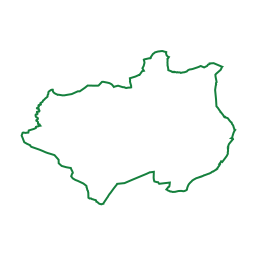 the district of Silmalas pag., Rezeknes, Latvia, rotated 355°
{"feature_id": "27541924B39247356667850", "entity_name": "Silmalas pag.", "entity_type": "district", "adm_level": 2, "iso_a3": "LVA", "parent_name": "Latvia", "parent_adm1": "Rezeknes", "projection": "robinson", "projection_center": [27.034, 56.413], "detail": "fine", "context": "isolated", "style": "outline", "palette": "green", "viewbox_px": 256, "rotation_deg": 355, "n_neighbors": 0, "source": "geoboundaries", "source_scale": "gbopen_adm2", "svg_char_len": 5406}
<svg xmlns="http://www.w3.org/2000/svg" viewBox="0 0 256 256"><g transform="rotate(355 128 128)"><path d="M227.1,75.2L219.0,70.9L214.9,70.8L214.8,71.4L213.2,71.9L212.2,73.1L209.3,74.2L209.1,74.3L206.3,72.8L205.9,72.6L205.7,72.6L203.8,73.3L202.3,73.7L197.7,74.8L196.3,75.0L194.3,75.1L192.6,75.8L191.5,76.8L189.0,77.4L187.5,77.4L185.3,77.7L184.9,77.3L184.3,77.1L183.0,77.0L182.6,77.0L182.1,76.7L181.6,76.8L181.3,76.9L180.9,76.7L180.1,76.4L179.7,76.4L179.4,76.2L179.2,76.1L178.9,76.3L178.7,76.1L178.2,76.1L177.9,76.1L177.7,76.3L177.4,76.2L177.2,76.0L177.2,75.9L176.8,75.9L176.4,75.7L176.1,75.3L173.2,73.9L173.2,72.2L173.0,69.8L172.9,69.7L172.8,68.7L173.0,68.0L173.0,66.1L173.3,64.6L173.3,62.8L173.5,62.8L173.6,62.6L174.9,60.9L173.9,60.4L172.8,58.9L172.4,57.0L172.7,55.7L170.6,55.0L169.3,54.4L168.7,54.3L167.6,54.3L165.8,54.4L164.7,54.4L161.5,55.0L160.1,56.0L159.4,56.3L156.9,59.4L156.9,60.1L156.5,60.4L156.2,60.3L156.0,60.5L155.1,60.4L150.1,61.1L149.7,61.3L149.8,62.1L150.0,63.0L150.1,64.0L150.1,64.5L149.0,67.6L147.6,69.7L148.8,72.4L147.1,72.6L144.0,76.2L143.3,76.1L143.0,76.3L139.9,77.4L135.2,78.4L134.2,78.6L134.2,79.4L134.3,80.4L134.1,81.6L134.0,81.9L134.3,83.7L134.8,86.2L134.7,87.8L133.8,87.9L131.8,87.8L129.6,88.0L128.5,87.5L128.0,87.1L126.4,86.9L121.8,85.0L118.2,85.6L117.5,85.9L116.0,83.6L115.4,83.0L115.0,82.7L113.6,81.8L113.2,81.6L111.4,81.0L107.9,80.0L107.3,79.8L106.7,79.8L106.1,79.8L102.4,83.1L101.8,83.2L97.8,82.9L95.4,82.6L91.5,82.2L88.5,84.2L83.1,87.3L81.2,87.1L74.9,89.3L69.7,89.7L67.6,89.9L65.7,89.8L61.8,88.8L61.0,88.8L61.0,88.7L60.6,88.6L59.7,88.1L58.8,87.6L57.8,86.9L57.3,86.4L56.9,85.9L56.5,85.2L56.4,85.0L56.4,84.8L56.3,84.5L56.4,83.5L56.4,83.3L56.0,83.2L55.7,83.2L55.1,83.3L54.4,83.5L52.6,84.6L52.0,85.1L51.8,85.6L51.7,85.9L51.6,87.1L51.4,87.4L51.0,87.9L50.9,88.1L50.6,89.1L50.6,89.7L50.4,89.9L47.9,91.6L47.3,92.2L46.7,92.7L45.8,93.2L45.7,93.4L45.3,94.2L45.2,94.4L44.5,94.8L43.4,95.3L42.9,95.6L42.8,95.8L42.8,96.0L43.2,96.6L43.3,96.8L43.2,97.1L42.7,97.3L41.3,97.3L40.9,97.5L40.8,97.8L41.0,98.0L41.1,98.7L41.1,98.9L40.2,99.6L39.6,99.9L39.3,100.0L39.1,100.2L39.0,100.3L39.1,100.6L39.3,100.7L39.7,100.9L40.4,101.0L40.7,101.1L40.8,101.4L40.8,101.9L41.3,102.9L41.3,103.3L40.8,103.9L39.4,103.8L39.0,103.9L38.7,104.0L38.6,104.4L39.0,105.1L39.1,106.0L38.5,106.5L37.5,106.5L37.3,106.5L37.1,106.8L37.0,107.9L37.3,108.8L37.6,109.2L38.9,110.1L39.0,110.3L39.1,110.6L39.0,111.0L38.9,111.3L37.4,112.2L37.3,112.3L37.3,112.5L37.4,112.9L38.2,113.4L38.7,114.0L38.9,114.3L38.9,114.5L38.7,115.6L38.7,116.0L39.0,116.4L40.0,116.6L40.3,116.8L40.4,117.1L40.4,117.5L40.5,117.9L40.7,118.1L40.1,118.2L39.2,118.1L38.5,118.6L37.4,118.6L36.4,118.9L36.3,119.8L36.2,120.0L35.5,120.2L34.3,120.7L28.9,121.8L28.3,123.9L27.7,123.9L26.7,123.8L25.8,124.0L23.2,123.4L22.6,123.6L21.4,126.2L21.4,126.4L22.0,128.2L23.4,133.1L23.5,133.2L26.1,135.0L29.1,136.7L29.3,137.5L30.0,138.3L38.0,141.9L41.1,143.5L43.6,144.9L45.7,145.9L48.5,147.0L52.4,148.6L56.1,153.6L55.9,157.1L58.6,160.0L63.1,161.7L66.8,162.7L67.5,162.8L67.6,163.3L68.3,165.3L68.6,165.9L69.1,167.5L69.1,167.9L68.1,169.1L67.7,170.2L67.4,170.6L67.2,171.2L67.8,172.1L68.6,173.4L71.1,175.2L73.2,176.2L78.7,179.4L81.5,182.0L81.6,182.6L81.6,182.9L81.5,183.2L81.6,183.3L81.9,184.7L82.1,186.3L82.6,187.2L82.6,188.0L82.8,188.8L82.5,194.0L83.6,194.9L85.0,194.9L85.9,195.7L86.7,195.9L88.2,196.6L89.5,197.0L89.9,197.4L90.0,198.6L91.0,199.1L92.6,200.8L92.9,201.0L94.8,201.7L95.4,201.6L95.6,201.4L96.8,201.3L96.8,201.2L98.2,199.3L99.6,197.6L101.1,195.7L102.0,194.7L102.6,193.7L103.7,192.4L104.1,191.8L104.4,191.7L108.4,187.1L111.1,184.2L111.9,183.4L112.3,182.7L119.7,182.6L127.6,180.0L142.4,175.3L142.7,175.2L146.0,174.0L146.3,174.1L149.9,173.9L149.8,174.7L149.2,179.9L149.3,182.0L149.6,183.5L151.9,184.4L153.2,184.6L154.2,186.3L164.9,186.0L164.6,187.7L164.1,189.7L163.7,190.2L163.1,190.3L162.8,190.5L162.1,191.4L161.5,191.9L160.9,192.6L161.6,193.0L162.3,193.7L164.3,194.7L164.8,194.9L164.8,195.0L165.7,195.1L166.8,195.6L167.1,195.6L169.3,195.7L172.6,195.2L173.4,195.2L175.6,195.3L177.6,195.8L178.1,195.8L178.7,195.7L179.8,195.4L180.9,194.9L181.3,194.6L181.8,192.8L182.4,191.5L183.4,189.7L184.0,189.0L185.5,187.6L186.7,186.7L187.5,185.9L188.1,185.6L189.5,184.9L190.9,184.3L191.5,184.0L196.0,183.0L195.9,182.9L198.7,182.2L199.7,181.7L199.9,181.8L204.6,180.5L204.9,180.5L206.9,179.7L207.7,179.1L208.8,178.7L209.0,178.8L211.6,177.4L212.4,177.1L213.0,176.7L212.8,176.5L214.2,175.2L214.5,174.6L215.7,173.4L215.9,172.9L216.4,172.2L215.8,171.9L217.3,170.2L217.9,169.3L218.9,170.1L221.6,167.1L223.9,164.5L225.2,162.4L225.3,161.3L225.2,160.8L225.6,160.0L225.7,159.2L225.7,157.2L226.0,157.1L226.3,155.1L226.1,155.1L226.4,154.5L226.9,153.3L227.2,152.8L228.8,151.1L230.6,149.3L231.0,148.7L231.6,148.4L231.5,147.8L230.0,147.2L230.6,146.9L231.1,146.3L231.2,145.7L232.8,141.8L233.8,140.2L233.7,140.2L233.9,139.8L234.2,139.7L234.6,139.3L233.8,138.7L233.8,138.0L233.4,136.8L233.1,135.1L232.7,134.1L231.9,132.9L231.7,131.6L231.0,131.1L229.9,129.6L229.2,128.5L229.0,128.1L228.2,126.9L226.9,126.3L225.5,125.9L224.9,125.5L224.7,125.1L225.0,124.9L224.8,124.8L224.3,124.3L223.8,123.2L222.9,121.9L222.1,120.6L221.6,120.4L221.5,120.2L221.6,119.9L221.5,119.7L220.3,117.7L219.4,116.0L218.0,114.1L218.2,107.2L218.1,97.7L219.0,93.8L219.6,92.3L219.4,91.8L219.8,90.4L220.3,90.0L219.7,84.5L219.7,82.5L220.5,81.7L225.4,78.1L226.6,76.1L226.5,75.6L227.1,75.2Z" fill="none" stroke="#15803d" stroke-width="2"/></g></svg>